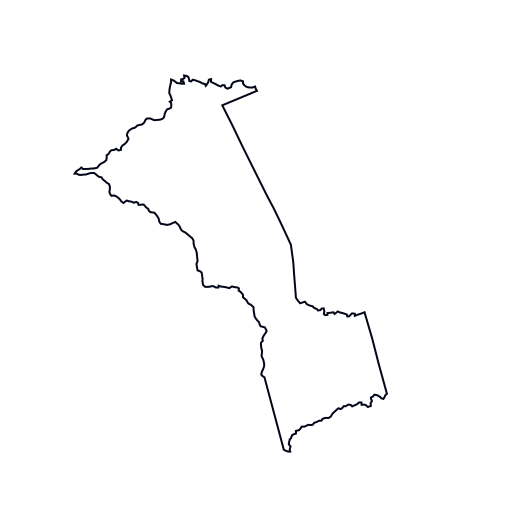 Pequizeiro, Tocantins, Brazil (Mercator projection), rotated 312°
{"feature_id": "56859067B87843438844420", "entity_name": "Pequizeiro", "entity_type": "district", "adm_level": 2, "iso_a3": "BRA", "parent_name": "Brazil", "parent_adm1": "Tocantins", "projection": "mercator", "projection_center": [-48.925, -8.4], "detail": "fine", "context": "isolated", "style": "outline", "palette": "ink", "viewbox_px": 512, "rotation_deg": 312, "n_neighbors": 0, "source": "geoboundaries", "source_scale": "gbopen_adm2", "svg_char_len": 4459}
<svg xmlns="http://www.w3.org/2000/svg" viewBox="0 0 512 512"><g transform="rotate(312 256 256)"><path d="M330.3,74.8L328.3,76.6L325.8,77.9L323.4,79.3L321.3,80.7L318.9,82.7L318.0,85.0L316.8,87.2L315.5,89.4L313.0,88.7L312.9,90.5L311.4,92.2L309.4,93.6L307.5,93.0L305.5,91.8L302.9,92.2L300.5,93.1L297.6,94.8L295.4,94.7L293.1,93.5L291.2,91.7L289.8,90.5L288.7,89.2L288.1,87.2L287.4,85.3L286.3,84.1L284.9,82.8L283.0,82.8L281.3,83.4L279.5,83.6L277.6,83.3L275.5,81.8L273.6,80.5L271.8,80.4L269.9,80.0L268.1,78.7L266.1,78.1L263.7,77.7L260.9,78.3L259.1,79.6L258.5,81.3L257.7,82.9L255.8,83.3L254.0,83.6L251.6,83.5L248.6,82.8L246.2,83.2L244.5,84.6L242.4,83.2L242.1,80.3L240.0,79.7L238.0,77.9L236.2,77.5L234.5,77.9L232.8,78.1L230.9,77.6L229.5,79.0L227.1,80.6L224.2,80.3L221.8,79.3L219.7,78.7L217.8,78.8L215.3,78.9L212.6,77.0L210.4,74.7L208.5,73.1L206.5,71.0L204.9,69.2L204.9,67.0L202.9,66.9L200.6,66.2L198.6,65.7L195.9,66.1L197.3,67.8L197.8,70.0L199.0,71.6L200.8,73.1L202.9,75.2L205.3,76.5L207.3,77.9L209.3,80.0L209.6,82.9L209.6,84.7L209.8,86.4L211.1,88.6L210.4,91.1L210.6,93.5L210.6,96.2L211.1,98.6L209.8,101.0L207.7,102.8L205.6,104.1L204.5,105.8L204.0,108.3L205.9,109.9L206.8,112.1L207.1,115.1L206.9,117.7L206.4,119.6L206.8,122.1L208.4,122.3L210.7,122.8L211.7,125.0L213.1,127.2L213.8,129.5L216.0,130.8L216.5,132.8L215.4,134.5L218.0,137.0L219.1,138.2L218.6,141.7L218.9,144.4L218.0,145.9L217.9,148.2L219.0,149.8L220.2,151.5L219.7,155.0L218.9,158.2L216.8,161.2L216.2,163.6L218.1,166.5L219.5,169.0L222.0,170.9L224.9,172.1L227.3,173.2L227.3,177.8L226.6,180.0L225.6,182.3L225.3,184.6L226.2,188.0L226.5,196.9L225.6,199.4L223.5,201.3L221.4,204.3L220.6,206.8L218.7,209.9L216.8,211.9L213.1,216.0L210.3,217.0L208.9,218.7L206.2,222.2L207.3,224.9L207.3,226.7L203.3,231.6L201.6,232.9L200.1,234.7L199.0,236.2L199.0,238.7L200.5,240.5L202.2,242.2L204.2,243.4L205.2,245.0L205.7,247.3L207.4,249.1L208.9,248.1L209.8,250.4L211.3,252.4L212.8,254.8L214.2,257.6L217.3,258.5L218.6,261.0L220.2,263.3L220.5,265.0L218.7,266.2L219.0,269.1L218.5,272.3L216.6,274.0L216.7,276.2L216.8,278.4L215.9,280.7L215.6,282.4L216.3,284.6L216.3,288.4L214.1,290.5L210.0,295.6L209.1,299.1L208.8,302.7L207.6,304.4L206.9,306.5L208.9,310.4L207.4,314.1L205.3,314.6L202.0,315.0L198.9,315.9L197.6,317.8L194.7,317.8L192.9,319.5L190.7,322.1L189.9,323.7L185.3,327.2L183.7,330.9L181.9,333.5L180.5,335.1L178.5,336.3L173.3,338.1L171.4,339.3L171.1,341.0L171.5,343.6L169.6,346.4L130.7,406.2L131.2,408.6L132.3,411.0L133.6,412.3L134.6,410.6L137.7,409.0L137.9,406.5L139.8,405.2L142.3,403.8L144.1,403.9L146.8,402.7L148.9,403.4L150.8,404.5L152.7,402.7L155.4,404.5L157.9,404.5L159.7,404.1L161.7,406.2L163.5,407.0L165.4,407.7L166.9,409.6L168.4,411.0L171.1,410.9L172.9,412.0L176.0,413.2L177.4,414.8L179.7,414.5L181.9,415.7L184.3,418.4L186.8,419.0L190.2,418.3L193.0,418.6L195.8,418.8L198.0,419.2L198.9,421.4L201.1,421.8L203.1,421.7L204.4,423.2L207.3,424.0L208.8,426.1L208.6,428.1L211.5,429.4L213.5,430.3L216.0,430.5L217.7,432.3L216.1,434.1L217.6,435.4L218.7,437.2L218.6,440.1L221.4,441.7L223.4,439.6L225.8,439.2L226.6,437.5L227.7,436.1L229.8,436.9L232.2,436.8L233.7,439.4L234.3,442.5L234.2,444.5L235.0,446.3L237.0,446.0L238.7,445.3L241.2,445.5L257.2,420.5L272.4,397.6L286.8,374.3L283.2,372.5L280.7,371.0L277.7,369.5L279.2,368.1L277.7,365.8L275.2,365.6L273.5,365.6L272.2,364.3L273.3,362.6L271.8,359.1L270.2,356.1L269.5,353.9L267.4,353.5L265.5,353.2L265.9,351.1L263.7,349.4L261.5,347.3L260.0,348.5L258.4,347.0L258.3,345.2L260.3,344.1L262.4,341.4L261.1,340.1L258.7,339.9L257.0,338.5L257.3,336.8L256.3,333.7L256.5,331.6L255.2,329.3L254.2,326.1L254.8,323.0L252.8,321.8L250.4,320.4L250.8,317.2L251.7,313.6L267.0,297.5L276.2,288.0L287.7,274.4L291.1,266.5L295.4,256.4L297.7,250.9L303.3,237.2L306.2,229.2L309.3,220.9L328.1,173.3L337.5,150.5L345.4,130.1L379.4,146.2L380.0,144.1L381.3,141.9L378.6,140.5L377.1,138.6L376.0,137.2L375.2,135.2L375.1,132.8L375.5,131.0L377.1,129.5L376.0,126.9L374.3,125.6L372.0,124.1L369.9,123.0L367.4,123.1L364.7,124.5L363.0,123.7L361.2,122.8L360.7,120.4L361.8,118.4L360.6,116.8L358.4,116.4L357.3,113.6L356.8,111.3L356.1,108.8L355.3,106.0L357.4,104.3L355.5,103.0L353.6,104.0L351.5,104.6L348.9,104.8L349.7,103.0L348.4,100.7L347.8,97.9L346.8,95.7L345.9,93.2L344.6,91.0L342.4,91.0L341.4,89.5L343.0,87.4L343.8,85.7L343.4,84.0L342.0,81.8L340.6,83.7L338.6,83.3L337.2,82.2L335.6,83.5L337.2,85.1L335.9,87.2L334.2,85.3L332.8,83.1L331.6,81.5L331.6,79.7L331.2,77.1L330.3,74.8Z" fill="none" stroke="#020617" stroke-width="2"/></g></svg>